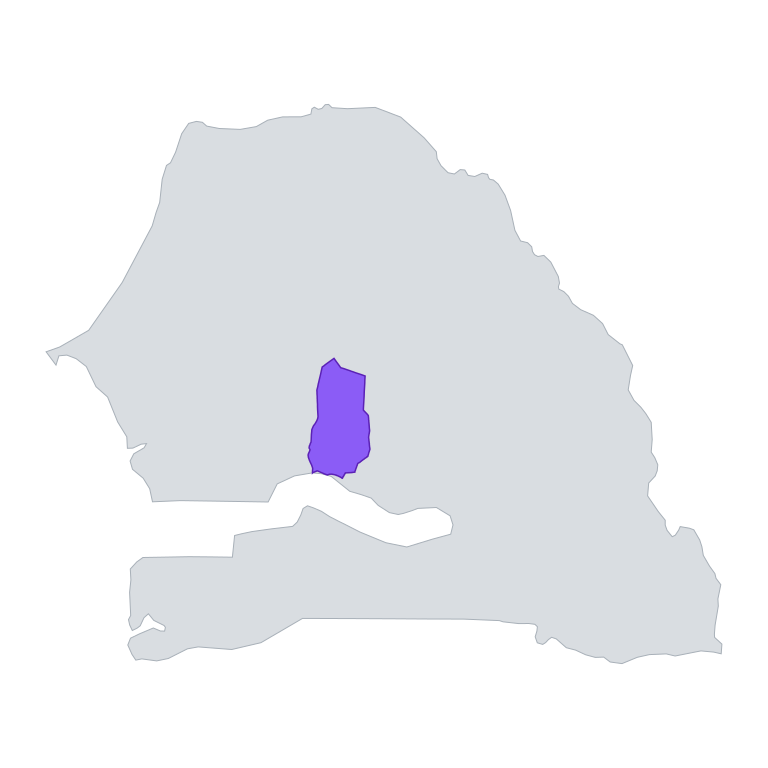 location of Koungheul, Kaffrine, Senegal
{"feature_id": "50182788B42114348275286", "entity_name": "Koungheul", "entity_type": "district", "adm_level": 2, "iso_a3": "SEN", "parent_name": "Senegal", "parent_adm1": "Kaffrine", "projection": "natural_earth1", "projection_center": [-14.806, 14.237], "detail": "fine", "context": "in_parent", "style": "filled", "palette": "violet", "viewbox_px": 768, "rotation_deg": 0, "n_neighbors": 0, "source": "geoboundaries", "source_scale": "gbopen_adm2", "svg_char_len": 8189}
<svg xmlns="http://www.w3.org/2000/svg" viewBox="0 0 768 768"><path d="M622.3,344.8L632.7,365.5L630.5,375.4L628.2,389.9L634.0,400.4L640.9,407.3L645.8,413.6L651.2,422.3L652.2,439.6L651.2,452.1L654.8,457.7L657.8,464.8L657.2,470.8L655.2,476.0L648.7,483.0L647.6,495.9L658.3,511.6L665.2,520.2L665.2,525.1L667.1,530.4L672.2,536.7L675.3,535.2L678.7,530.1L680.2,526.6L689.4,528.2L693.8,529.8L699.7,540.0L701.9,546.8L703.3,555.4L709.5,566.1L714.9,573.6L716.0,578.3L720.8,584.7L717.9,598.9L718.3,606.1L715.1,625.1L714.4,634.1L714.6,637.4L721.9,644.1L721.2,653.8L713.8,652.1L700.9,650.9L675.1,656.0L666.3,653.9L649.4,654.6L637.3,657.3L622.0,663.6L610.2,662.0L603.7,657.1L595.3,657.4L585.7,654.8L575.6,650.1L566.3,647.7L556.3,638.9L551.6,637.3L548.4,639.6L545.6,642.6L542.7,644.4L537.3,642.8L535.2,636.8L536.9,631.1L537.4,626.7L534.9,624.3L528.8,623.5L518.9,623.6L503.0,621.8L499.4,620.6L463.8,619.1L426.9,619.0L395.6,618.8L356.2,618.6L328.4,618.5L302.5,618.4L282.5,630.1L260.9,642.7L231.7,649.5L198.2,646.9L187.5,648.8L176.4,654.4L168.3,658.5L156.7,660.9L141.8,658.9L135.8,660.1L132.0,654.4L127.8,645.0L130.5,638.2L139.6,633.8L153.3,628.0L160.4,631.0L164.6,631.1L165.4,627.4L164.1,625.5L153.8,620.4L148.4,613.8L144.0,617.7L140.2,625.8L137.0,628.2L132.3,630.5L129.7,625.0L128.5,619.6L130.7,615.5L129.6,592.3L130.9,579.9L130.3,569.0L136.8,561.9L142.9,557.5L166.9,557.1L189.1,556.7L210.6,556.9L232.4,557.2L234.6,535.5L241.5,533.8L251.9,531.6L271.2,528.9L292.6,526.4L297.2,522.1L300.8,515.0L303.1,508.5L307.5,505.8L313.5,507.9L321.4,511.3L329.6,516.6L338.9,521.4L345.2,524.5L360.1,532.1L385.8,542.7L406.8,547.0L432.3,539.2L450.7,534.2L453.0,524.9L450.1,515.8L436.4,507.5L417.8,508.4L412.1,510.6L403.4,513.4L398.2,514.5L389.4,512.6L378.2,505.4L371.2,498.1L361.4,494.7L349.8,491.3L331.2,476.4L321.4,473.7L312.2,472.9L294.5,475.9L277.2,483.9L268.1,502.0L250.8,501.7L214.1,501.1L180.4,500.6L152.5,501.8L149.7,488.7L143.2,478.2L132.5,469.3L130.1,461.0L133.8,453.8L144.1,447.8L146.5,443.6L141.1,444.2L132.9,448.1L127.4,448.3L126.8,436.8L117.7,422.0L107.6,397.0L96.0,386.7L86.3,366.5L76.2,358.7L66.9,355.1L58.9,355.8L56.0,365.1L46.1,351.8L59.7,347.0L88.7,330.3L122.2,282.5L152.2,225.9L156.1,212.5L159.7,202.4L162.2,179.2L166.5,165.4L170.5,162.8L175.6,152.2L181.7,133.7L188.7,123.4L196.4,121.4L202.4,122.3L206.7,126.1L219.3,128.5L240.2,129.4L256.3,126.6L267.7,120.2L282.6,116.9L301.2,116.8L310.9,114.1L311.9,108.8L314.3,107.2L318.2,109.3L321.8,108.5L325.2,104.7L328.6,104.4L332.0,107.7L347.5,108.7L375.2,107.4L400.7,117.1L424.2,137.9L436.3,151.7L437.1,158.7L441.0,165.7L448.0,172.7L454.4,174.0L460.2,169.6L464.8,170.0L468.1,175.4L474.8,176.5L482.2,173.2L487.6,174.4L488.5,177.6L489.8,179.3L493.4,180.0L498.2,184.1L505.0,195.2L510.6,210.5L514.9,230.3L520.6,241.0L527.6,242.7L531.7,246.8L532.5,251.5L534.5,254.7L537.9,256.5L543.9,255.4L550.8,262.1L558.3,276.5L559.5,283.1L558.4,286.6L558.8,289.1L563.8,291.6L568.5,296.3L572.4,303.4L580.7,309.7L593.4,315.3L602.6,323.6L608.2,334.6L619.9,343.8L622.3,344.8Z" fill="#d9dde1" stroke="#a8b0b8" stroke-width="1"/><path d="M312.5,472.9L312.9,472.5L313.7,472.3L314.2,472.1L314.7,471.9L315.2,471.6L315.8,471.5L316.9,470.9L317.4,470.9L318.1,471.2L319.1,471.6L320.9,472.4L322.6,473.1L323.9,473.7L324.0,473.7L324.1,473.8L324.4,473.9L324.6,474.0L324.9,474.1L325.2,474.2L325.3,474.3L325.5,474.3L326.0,474.5L326.4,474.6L326.7,474.7L326.9,474.7L327.2,474.9L327.6,474.9L327.8,474.8L328.1,474.7L328.4,474.6L328.7,474.5L329.0,474.4L329.3,474.3L329.6,474.2L329.9,474.2L330.2,474.2L330.5,474.2L330.8,474.2L331.2,474.1L331.4,474.2L331.8,474.2L332.1,474.2L332.4,474.3L332.7,474.3L333.0,474.4L333.3,474.4L333.6,474.5L333.8,474.6L334.0,474.6L334.4,474.7L334.6,474.7L334.8,474.7L335.1,474.8L335.5,475.0L335.8,475.1L336.1,475.2L336.4,475.2L336.5,475.4L336.8,475.4L336.9,475.5L337.1,475.6L337.6,475.7L337.9,475.9L338.1,476.0L338.4,476.1L338.8,476.3L339.1,476.5L339.3,476.5L339.5,476.6L339.7,476.8L340.0,476.9L340.5,477.1L340.7,477.3L341.0,477.4L341.2,477.6L341.4,477.7L341.5,477.7L341.7,477.9L341.9,478.0L342.1,478.3L342.3,478.3L342.4,478.2L342.5,478.1L342.5,477.5L342.7,477.3L342.9,477.2L343.1,477.0L343.1,476.6L343.5,476.4L343.6,475.9L343.8,475.7L344.0,475.3L344.0,475.1L344.3,474.9L344.5,474.5L344.7,474.2L344.9,473.8L345.0,473.3L345.4,473.2L345.5,472.9L346.0,472.8L346.3,472.8L346.8,472.9L347.4,472.8L348.1,472.7L348.6,472.7L349.0,472.8L349.7,472.6L350.4,472.6L350.9,472.7L351.3,472.5L352.0,472.6L352.9,472.3L353.6,472.3L354.4,472.2L354.7,472.1L354.8,472.1L354.8,471.8L354.9,471.5L355.1,471.0L355.3,470.6L355.4,470.3L355.5,469.9L355.7,469.3L355.8,468.9L356.1,468.2L356.4,467.4L356.5,467.2L356.6,466.7L356.8,466.1L357.2,465.2L357.4,464.5L357.7,463.6L357.9,463.3L358.3,463.1L358.9,462.8L359.2,462.6L359.6,462.5L360.1,462.1L360.5,461.7L360.8,461.4L361.4,461.1L361.7,460.7L362.2,460.4L362.4,460.3L362.8,460.0L363.1,459.6L363.7,459.3L364.1,459.0L364.4,458.9L365.0,458.2L365.4,458.1L365.8,457.8L366.3,457.5L366.7,457.0L367.2,456.9L367.3,456.6L367.8,456.4L367.8,456.1L368.0,455.6L368.1,455.3L368.2,455.0L368.4,454.4L368.5,454.0L368.6,453.6L368.7,453.1L368.8,452.7L368.9,452.4L369.1,451.9L369.2,451.6L369.3,451.3L369.4,451.0L369.5,450.6L369.6,450.3L369.7,450.0L369.8,449.6L369.9,449.4L369.9,449.0L369.9,448.8L369.9,448.7L369.8,448.3L369.8,448.0L369.7,447.8L369.7,447.5L369.7,447.4L369.7,447.2L369.6,446.7L369.5,446.4L369.5,446.0L369.5,445.6L369.4,445.4L369.4,444.9L369.3,444.4L369.4,443.8L369.3,443.6L369.2,443.2L369.2,442.9L369.2,442.5L369.1,442.2L369.1,441.9L369.1,441.5L369.0,441.2L369.0,440.9L368.9,440.8L368.9,440.1L368.9,439.9L368.9,439.5L368.8,439.3L368.8,438.9L368.7,438.6L368.7,438.2L368.7,437.9L368.6,437.6L368.6,437.4L368.6,437.2L368.7,436.7L368.7,436.4L368.7,436.2L368.8,435.7L368.9,435.3L368.9,435.0L369.0,434.6L369.0,434.3L369.0,434.2L369.1,433.9L369.2,433.7L369.2,433.2L369.3,433.0L369.3,432.8L369.4,432.4L369.4,432.1L369.4,431.8L369.5,431.5L369.6,431.3L369.6,431.1L369.6,430.9L369.6,430.6L369.6,430.3L369.6,430.0L369.5,429.6L369.5,429.2L369.4,428.9L369.4,428.5L369.4,428.1L369.3,427.8L369.3,427.5L369.3,427.1L369.3,426.7L369.2,426.3L369.2,426.1L369.2,425.9L369.2,425.5L369.1,425.3L369.1,424.9L369.1,424.6L369.1,424.3L369.1,424.1L369.0,423.9L369.0,423.7L369.0,423.3L369.0,423.0L368.9,422.8L368.9,422.4L368.9,422.2L368.8,421.4L368.8,421.1L368.8,420.9L368.8,420.7L368.8,420.4L368.7,420.0L368.7,419.9L368.6,419.5L368.6,419.1L368.6,418.7L368.6,418.2L368.5,417.6L368.5,417.3L368.4,416.9L368.4,416.5L368.4,416.0L368.3,415.7L368.2,415.4L368.0,415.1L367.9,415.0L367.6,414.7L367.4,414.4L367.2,414.2L366.9,413.8L366.7,413.6L366.3,413.2L365.8,412.7L365.4,412.3L365.1,411.9L364.7,411.6L364.4,411.2L364.0,410.8L363.8,410.6L363.6,410.4L363.4,410.1L363.4,408.7L363.5,406.7L363.7,403.3L363.9,399.8L364.1,396.4L364.2,393.0L364.3,390.7L364.4,389.5L364.6,386.1L364.8,382.6L364.8,381.0L364.9,379.2L365.1,376.0L362.1,374.9L359.1,373.9L356.0,372.9L353.0,371.8L351.1,371.2L349.9,370.7L346.9,369.7L343.8,368.6L340.7,367.7L338.5,364.6L336.2,361.5L334.0,358.4L330.9,360.6L328.0,362.7L325.1,364.8L324.1,365.7L322.2,367.0L321.5,370.1L321.5,370.3L321.4,370.4L321.0,372.4L320.6,374.2L320.0,376.8L319.4,379.2L318.7,382.3L318.2,384.2L318.0,385.5L317.9,385.8L317.8,386.5L316.9,390.0L316.9,390.6L317.0,392.1L317.0,393.6L317.1,395.1L317.2,396.5L317.2,397.0L317.2,398.3L317.3,399.6L317.3,400.9L317.5,404.2L317.5,406.5L317.6,409.5L317.7,411.1L317.8,412.8L318.0,416.1L318.0,416.7L317.9,417.5L317.6,418.7L317.3,419.5L316.8,420.7L316.4,421.5L316.2,421.8L316.0,422.1L315.4,423.2L314.9,424.0L313.8,425.4L313.4,426.0L313.0,426.9L312.9,427.1L312.1,429.0L311.8,429.8L311.7,431.7L311.5,433.5L311.4,434.6L311.3,437.1L311.2,439.7L311.0,442.2L310.3,443.5L310.0,444.7L309.4,445.8L309.3,446.4L309.1,447.7L309.1,448.0L309.4,448.6L309.6,448.9L309.9,449.4L310.0,449.6L310.0,450.0L309.8,450.5L309.7,450.8L309.6,451.1L309.4,451.5L309.2,452.1L308.9,452.7L308.6,453.2L308.5,453.6L308.2,454.3L308.2,454.7L308.1,455.3L308.2,455.9L308.3,456.6L308.3,457.1L308.4,457.3L308.7,458.3L308.8,458.6L309.1,459.3L309.4,460.3L309.8,461.1L310.2,462.1L310.5,462.7L311.3,464.4L311.7,465.2L311.7,465.4L312.0,466.2L312.5,467.6L312.7,468.7L312.6,469.7L312.5,471.1L312.5,471.8L312.5,472.6L312.5,472.9Z" fill="#8b5cf6" stroke="#5b21b6" stroke-width="1.5"/></svg>